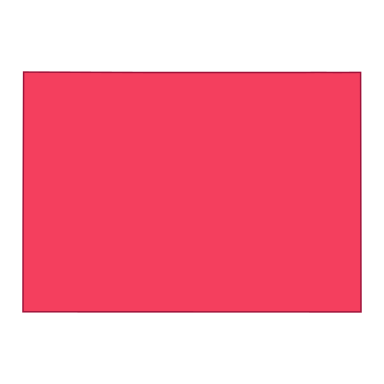 Winnebago, Iowa, United States of America
{"feature_id": "52423323B32646227852177", "entity_name": "Winnebago", "entity_type": "district", "adm_level": 2, "iso_a3": "USA", "parent_name": "United States of America", "parent_adm1": "Iowa", "projection": "orthographic", "projection_center": [-93.701, 43.377], "detail": "fine", "context": "isolated", "style": "filled", "palette": "rose", "viewbox_px": 384, "rotation_deg": 0, "n_neighbors": 0, "source": "geoboundaries", "source_scale": "gbopen_adm2", "svg_char_len": 340}
<svg xmlns="http://www.w3.org/2000/svg" viewBox="0 0 384 384"><path d="M23.6,72.1L23.1,226.6L23.0,311.8L361.0,311.9L360.6,72.4L338.4,72.5L335.8,72.5L317.0,72.4L304.1,72.5L275.3,72.5L253.0,72.5L216.8,72.5L212.8,72.5L210.1,72.5L204.8,72.5L167.6,72.5L149.2,72.5L148.1,72.5L23.6,72.1Z" fill="#f43f5e" stroke="#9f1239" stroke-width="1.5"/></svg>